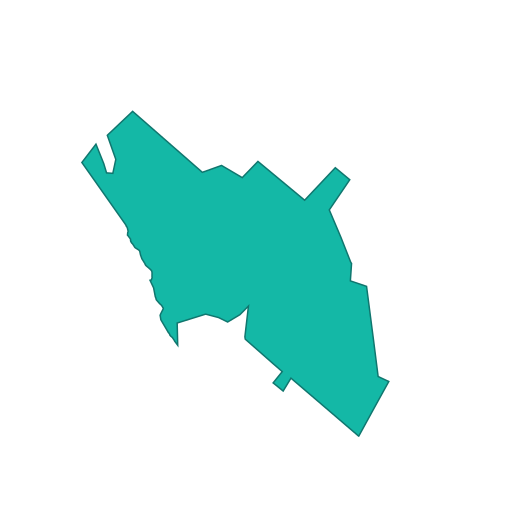 outline of Shurugwi Town, Midlands, Zimbabwe, rotated 130°
{"feature_id": "62879985B16966915887003", "entity_name": "Shurugwi Town", "entity_type": "district", "adm_level": 2, "iso_a3": "ZWE", "parent_name": "Zimbabwe", "parent_adm1": "Midlands", "projection": "robinson", "projection_center": [30.031, -19.693], "detail": "fine", "context": "isolated", "style": "filled", "palette": "teal", "viewbox_px": 512, "rotation_deg": 130, "n_neighbors": 0, "source": "geoboundaries", "source_scale": "gbopen_adm2", "svg_char_len": 2625}
<svg xmlns="http://www.w3.org/2000/svg" viewBox="0 0 512 512"><g transform="rotate(130 256 256)"><path d="M137.3,233.2L137.4,252.0L182.0,254.6L182.3,315.3L204.6,316.9L204.8,316.9L208.8,340.6L226.4,350.9L224.5,443.5L259.1,447.5L272.1,425.5L284.7,418.8L288.4,423.9L283.1,432.0L273.2,450.5L296.3,449.5L315.6,376.7L315.9,375.8L316.4,374.5L316.5,374.5L316.5,374.3L316.6,374.1L316.7,373.8L316.8,373.5L316.9,373.2L317.0,372.9L317.2,372.6L319.2,369.9L319.5,369.7L319.8,369.6L320.0,369.5L320.4,369.4L322.3,368.1L322.6,367.9L322.6,367.7L323.7,363.0L323.9,362.9L324.1,362.6L324.3,362.5L324.4,362.3L324.6,362.2L324.8,362.0L325.0,361.8L325.0,361.7L325.3,361.3L325.3,361.1L325.5,361.0L325.6,360.7L325.7,360.3L325.7,360.2L325.8,360.0L325.8,359.8L325.9,359.7L326.0,359.3L326.0,358.8L326.0,358.5L326.7,356.1L326.8,355.8L326.9,355.6L327.0,355.3L327.1,355.0L327.2,354.7L327.2,354.4L327.3,354.1L327.3,353.7L326.8,349.9L326.8,349.6L326.8,349.4L326.8,349.1L326.9,348.9L326.9,348.7L327.0,348.4L327.1,348.1L328.7,346.1L328.8,346.0L328.9,345.8L329.0,345.7L329.3,345.3L329.4,345.2L331.5,341.6L332.8,337.5L332.7,337.5L332.9,337.4L333.0,336.9L333.1,336.4L333.3,336.1L333.5,335.8L333.7,335.5L333.7,335.2L333.8,335.0L333.9,334.9L334.0,334.7L334.0,334.1L334.1,333.9L334.1,332.6L334.1,332.2L334.1,331.7L334.1,331.3L334.2,327.7L334.3,327.6L334.3,327.2L334.4,326.9L334.5,326.6L334.5,326.4L334.5,326.2L335.9,324.6L336.1,324.5L336.2,324.4L336.4,324.3L336.5,324.2L338.8,322.3L338.9,322.1L339.0,322.0L339.3,321.8L339.3,321.7L339.5,321.6L341.6,320.8L342.7,321.6L346.2,314.0L351.9,307.0L352.0,306.9L352.0,306.7L353.1,304.9L353.3,304.7L353.5,304.5L353.6,304.4L354.4,299.5L354.4,299.2L354.4,298.8L354.5,298.5L354.5,298.3L354.5,297.9L354.5,297.7L354.5,297.4L354.5,296.9L354.5,296.7L355.6,293.5L355.8,293.4L356.0,293.2L356.3,293.1L356.6,293.0L361.7,291.8L362.0,291.7L362.5,291.5L362.9,291.4L363.0,291.4L366.0,287.9L370.9,274.1L371.0,274.0L371.0,273.9L371.0,273.7L371.0,273.4L371.1,273.2L371.1,272.8L371.2,272.6L371.3,272.3L371.4,272.1L371.5,271.8L371.6,271.6L371.8,271.4L371.8,271.2L372.0,270.9L372.1,270.7L372.1,270.4L372.1,270.2L372.2,269.9L372.2,269.6L372.2,269.0L372.2,268.5L372.2,268.3L372.2,268.2L372.2,267.9L372.2,267.7L373.3,263.9L373.5,263.7L374.7,258.6L358.0,273.3L332.9,257.2L327.2,245.1L324.8,235.3L311.3,230.6L299.2,229.6L325.0,212.6L326.6,210.8L327.5,173.0L327.7,161.6L342.2,161.3L342.0,148.4L327.1,150.7L327.4,118.6L328.0,61.6L327.9,61.5L293.8,68.3L266.8,73.6L269.3,83.0L269.8,85.0L244.9,111.9L208.2,151.8L214.4,167.7L214.3,167.8L200.3,178.0L199.9,179.4L187.3,202.6L173.6,229.5L137.3,233.2Z" fill="#14b8a6" stroke="#0f766e" stroke-width="1.5"/></g></svg>